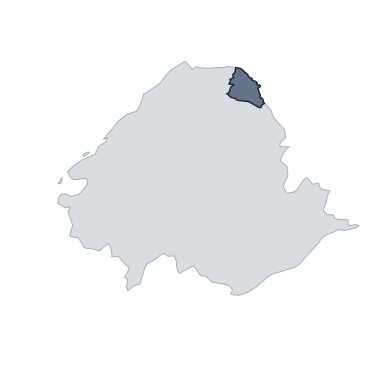 Otdar Mean Chey highlighted on a map of Cambodia, rotated 60°
{"feature_id": "KHM-1782", "entity_name": "Otdar Mean Chey", "entity_type": "Province", "adm_level": 1, "iso_a3": "KHM", "parent_name": "Cambodia", "parent_adm1": "", "projection": "equal_earth", "projection_center": [103.537, 14.166], "detail": "fine", "context": "in_parent", "style": "filled", "palette": "slate", "viewbox_px": 384, "rotation_deg": 60, "n_neighbors": 0, "source": "natural_earth", "source_scale": "10m", "svg_char_len": 4018}
<svg xmlns="http://www.w3.org/2000/svg" viewBox="0 0 384 384"><g transform="rotate(60 192 192)"><path d="M304.4,64.3L305.1,67.5L303.3,73.7L301.4,79.3L297.7,84.2L297.6,87.8L296.3,98.5L296.9,102.0L297.7,104.9L298.9,106.5L302.2,117.0L305.2,126.6L308.1,134.4L308.7,139.4L306.1,152.0L303.1,163.6L303.4,169.4L304.7,175.2L306.2,182.9L306.8,192.8L306.0,199.2L304.7,203.2L302.0,207.3L299.7,209.4L296.9,206.0L294.6,205.8L291.7,206.8L289.3,208.5L284.5,214.5L279.3,220.3L271.9,221.8L269.1,226.2L266.0,226.8L260.2,227.0L256.4,228.0L256.6,230.2L256.3,240.5L256.4,243.0L255.8,243.6L253.2,243.9L248.7,242.3L242.7,239.8L238.4,239.4L236.2,243.9L234.9,245.6L233.3,245.9L231.6,246.7L231.0,248.7L230.9,251.2L231.7,255.5L232.0,262.4L231.8,267.0L233.4,270.0L242.7,279.9L245.4,282.4L245.7,283.8L244.1,289.2L245.6,296.8L242.7,296.7L237.9,293.4L235.5,291.4L232.8,293.0L231.8,292.7L229.9,289.0L227.4,285.2L224.9,284.9L219.5,286.4L214.0,287.5L211.9,287.5L211.1,288.2L207.9,293.8L206.6,292.8L201.0,290.7L196.0,289.9L194.9,291.3L195.6,296.0L196.7,300.5L196.0,302.4L193.2,304.8L189.6,309.0L187.3,312.4L185.8,313.2L180.2,313.0L174.6,313.5L172.4,316.6L170.3,319.1L168.5,319.7L161.2,312.0L146.8,309.3L145.2,305.8L143.9,305.2L142.5,309.6L134.6,313.9L131.3,311.3L128.8,308.2L129.2,304.4L131.5,301.2L135.4,299.0L137.3,291.1L134.3,281.1L131.6,278.1L128.9,275.8L125.9,279.6L123.5,286.0L120.9,289.3L117.3,290.0L112.0,289.7L110.0,280.2L109.3,272.0L110.0,262.6L110.8,257.1L105.7,249.5L105.5,242.2L103.0,238.4L102.3,240.3L102.3,242.4L101.6,240.9L93.6,219.6L92.3,209.7L93.7,202.1L94.5,199.6L92.2,195.6L88.9,191.0L83.2,185.1L82.8,175.6L81.5,164.5L79.8,160.8L77.2,154.0L75.8,148.3L75.3,133.4L76.1,132.1L80.1,131.7L85.4,130.6L86.2,128.2L85.3,126.2L88.6,122.8L93.4,115.4L97.1,107.7L99.8,102.8L101.4,97.9L106.8,91.1L114.2,86.3L119.2,85.2L124.5,83.6L129.5,81.3L131.9,81.1L138.1,83.9L141.5,84.6L145.0,84.5L148.7,84.8L151.9,84.5L159.5,82.6L167.6,84.1L174.8,82.9L183.8,80.7L188.2,82.1L192.2,84.3L192.8,88.9L193.7,91.0L195.0,92.6L196.8,92.6L199.1,89.4L201.0,86.1L201.6,85.5L201.7,87.1L202.7,90.7L204.4,94.2L206.1,96.5L209.0,99.6L210.9,99.7L217.0,96.8L226.2,101.0L227.3,103.1L230.2,107.4L233.5,110.5L240.6,110.7L243.2,103.1L241.9,98.5L237.8,90.5L236.7,85.7L238.0,84.9L244.9,84.0L246.0,83.0L247.5,77.8L249.4,78.4L253.2,79.1L257.2,75.5L259.6,71.8L260.9,73.5L262.4,76.1L264.0,77.6L266.9,79.9L270.1,83.1L272.1,86.2L273.7,87.4L277.8,86.5L278.9,86.6L281.3,82.9L283.0,80.8L284.4,81.4L286.5,81.3L290.7,76.5L293.1,72.1L294.5,70.9L298.3,73.1L299.9,72.7L302.0,66.6L304.4,64.3ZM107.3,267.6L106.5,268.1L105.7,268.1L105.0,267.3L105.0,263.8L105.6,261.7L106.9,261.3L107.3,267.6ZM119.3,301.4L117.7,303.7L115.1,298.9L115.1,297.6L119.3,301.4Z" fill="#d9dde1" stroke="#a8b0b8" stroke-width="1"/><path d="M133.9,79.7L134.4,79.9L134.7,80.2L135.0,80.6L135.1,81.2L135.0,82.6L135.1,83.1L135.5,83.3L137.0,83.4L139.6,84.3L140.4,84.4L141.0,84.4L141.3,84.2L141.7,84.2L142.3,84.5L142.8,84.9L143.3,85.3L143.7,85.7L144.4,85.9L145.2,85.7L145.4,85.4L145.5,84.9L145.9,84.4L148.3,84.3L149.5,85.6L151.0,85.1L151.4,84.9L151.5,85.0L151.6,87.7L151.8,88.2L152.1,88.7L152.7,89.2L153.0,89.7L153.1,90.0L153.1,90.4L152.9,90.8L152.7,91.5L145.9,95.5L142.9,97.2L141.2,98.7L135.7,106.3L135.0,106.9L132.6,108.0L131.8,108.6L129.8,110.6L129.1,111.1L128.3,111.4L126.5,111.7L125.7,112.0L124.5,112.7L124.4,110.9L123.8,109.5L123.4,109.1L120.8,106.3L120.5,106.0L120.5,105.8L119.9,102.3L118.9,103.2L118.3,104.0L117.0,106.0L115.3,103.4L114.7,102.8L114.2,102.8L113.7,102.9L113.5,102.5L113.9,99.5L113.9,99.3L113.9,99.0L113.8,98.9L111.6,98.5L111.2,98.3L110.9,98.1L110.8,97.9L110.5,97.2L110.1,95.9L109.8,95.1L109.5,94.8L109.3,94.5L108.8,94.2L106.7,92.2L106.1,91.9L109.1,88.5L110.6,87.5L111.5,87.1L114.1,86.6L116.1,85.8L117.5,85.2L120.4,85.2L121.4,85.1L122.2,84.6L123.4,83.5L124.0,83.2L124.2,83.4L124.4,83.7L124.8,83.9L125.2,84.0L125.5,83.9L127.2,82.3L128.9,81.2L129.6,81.0L130.4,81.4L131.0,81.9L131.7,82.1L132.6,81.5L132.8,81.0L132.9,80.5L133.0,80.1L133.5,79.8L133.9,79.7Z" fill="#64748b" stroke="#1e293b" stroke-width="1.5"/></g></svg>